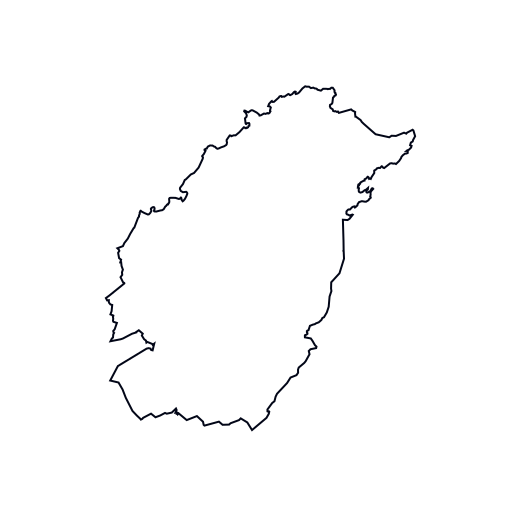 Aglonas pag., Aglonas, Latvia (Robinson projection), rotated 312°
{"feature_id": "27541924B99650716324046", "entity_name": "Aglonas pag.", "entity_type": "district", "adm_level": 2, "iso_a3": "LVA", "parent_name": "Latvia", "parent_adm1": "Aglonas", "projection": "robinson", "projection_center": [27.042, 56.116], "detail": "fine", "context": "isolated", "style": "outline", "palette": "ink", "viewbox_px": 512, "rotation_deg": 312, "n_neighbors": 0, "source": "geoboundaries", "source_scale": "gbopen_adm2", "svg_char_len": 6118}
<svg xmlns="http://www.w3.org/2000/svg" viewBox="0 0 512 512"><g transform="rotate(312 256 256)"><path d="M454.6,287.9L448.6,285.7L447.5,285.8L446.7,283.5L438.9,279.7L436.1,276.3L433.4,275.6L426.5,263.4L426.3,247.7L426.4,244.9L427.0,242.8L426.4,236.9L426.1,236.6L428.2,234.2L429.4,233.3L428.6,230.3L428.6,228.6L417.8,221.8L418.2,220.2L417.2,219.7L416.7,218.0L416.0,217.6L415.4,216.3L416.3,214.9L415.9,212.2L416.7,210.7L417.9,209.9L419.5,210.5L420.9,210.3L425.3,207.2L426.4,207.4L427.3,207.1L428.5,207.7L429.4,207.5L429.7,207.0L429.7,206.2L430.3,205.9L430.4,204.6L431.7,203.5L432.4,200.5L431.5,199.4L429.6,199.2L429.3,198.6L428.0,197.7L427.8,197.0L425.2,194.0L422.3,193.6L420.7,190.4L420.9,189.5L420.6,188.5L419.8,187.5L419.5,186.0L417.5,184.4L417.3,182.1L415.5,180.1L415.3,179.4L415.0,179.0L411.6,178.4L406.4,178.6L404.6,178.2L403.0,177.2L403.2,176.5L404.6,175.6L404.3,174.9L403.1,174.5L400.6,174.6L398.4,173.8L398.2,173.3L398.3,172.4L398.0,171.6L393.4,170.5L393.0,169.8L391.5,168.6L391.8,167.8L391.6,167.5L390.3,166.7L388.9,166.9L382.6,166.2L381.5,165.1L381.8,164.1L381.0,163.9L377.8,163.9L375.5,164.8L376.4,166.2L376.3,167.6L373.7,168.9L373.2,169.3L373.2,169.9L371.4,170.3L370.5,170.1L370.0,169.7L370.1,169.2L369.8,168.8L368.0,168.0L367.2,166.6L363.7,165.4L362.7,164.6L363.2,163.6L363.1,160.7L362.0,156.1L361.5,155.3L360.6,154.8L357.7,154.2L357.2,152.9L356.7,150.6L356.3,150.1L355.6,150.4L355.4,153.1L354.4,155.0L353.1,155.8L350.9,155.7L347.6,159.5L347.4,160.2L347.5,160.4L348.6,160.4L350.1,161.8L349.8,162.7L348.4,163.9L347.5,163.5L346.4,164.0L345.3,163.7L345.0,163.0L344.3,163.1L343.8,162.5L343.8,161.3L343.5,160.8L337.0,160.8L332.0,160.1L330.8,158.7L328.5,157.5L328.6,156.6L328.0,155.8L322.7,156.5L321.7,157.3L321.1,158.4L319.3,159.5L318.6,159.6L316.2,158.9L313.3,157.3L310.9,156.3L309.8,155.5L309.6,153.9L309.8,152.6L309.3,151.7L309.0,149.8L307.4,147.9L305.1,147.0L302.8,147.5L302.5,147.1L300.7,146.5L300.3,146.8L300.4,148.1L296.9,149.0L294.3,149.1L294.0,149.4L293.9,150.5L292.7,151.3L283.3,154.2L276.2,154.4L273.0,153.0L266.0,152.6L264.8,152.2L260.6,153.6L256.0,153.9L254.9,154.6L254.0,156.5L254.5,159.0L257.0,161.2L257.0,162.1L256.7,162.9L256.3,163.3L253.9,164.2L250.8,165.0L248.6,165.1L247.6,164.9L247.9,163.4L249.2,161.5L249.2,161.1L247.4,161.0L246.7,160.4L245.3,157.2L242.1,153.6L241.3,153.0L240.3,153.2L238.4,155.2L237.4,155.8L236.1,155.7L235.7,156.1L235.2,156.1L234.6,155.5L233.1,155.7L232.0,155.5L229.0,156.1L227.2,155.6L225.9,154.5L222.4,152.2L221.2,150.8L221.1,150.4L221.4,149.9L223.2,149.1L224.0,148.0L224.0,147.5L223.5,146.8L222.2,146.3L221.1,146.2L220.6,146.4L219.7,147.8L219.2,148.2L217.1,148.6L215.3,148.5L214.5,147.9L213.3,144.4L212.5,141.3L212.5,140.0L212.3,139.9L210.4,140.5L209.5,141.4L207.9,141.9L207.0,142.7L205.4,142.8L195.6,146.6L194.9,146.4L188.3,147.7L183.1,149.1L177.5,149.5L174.3,150.5L169.0,147.8L168.9,149.8L168.4,151.0L166.1,151.4L162.8,155.7L163.0,158.2L160.5,159.4L161.1,160.0L158.6,162.8L156.8,166.2L154.2,167.3L152.5,169.2L149.6,169.5L147.5,174.8L147.8,176.1L147.5,176.5L128.6,173.5L124.3,172.6L123.4,175.1L124.7,176.2L123.5,177.2L122.9,178.2L122.6,180.2L123.4,181.9L118.4,185.6L115.2,186.9L116.3,189.8L116.2,190.0L115.5,189.9L113.8,191.9L112.1,193.1L111.7,194.1L113.2,197.4L107.0,200.0L104.7,200.1L103.7,201.6L103.8,202.0L102.2,202.4L99.7,204.3L98.2,204.1L95.3,204.9L103.5,211.1L105.6,212.3L115.3,215.9L119.0,218.1L119.2,217.8L122.4,218.6L122.5,223.8L120.5,224.4L119.3,228.5L119.5,230.8L118.3,232.5L119.4,232.7L121.2,237.7L120.9,238.6L122.8,239.0L116.7,242.3L116.0,241.0L116.6,239.6L115.7,237.9L114.0,236.7L81.8,227.0L65.9,231.0L70.0,238.5L67.5,246.2L63.5,254.1L58.2,267.9L57.7,274.2L57.6,278.9L57.4,279.9L58.9,280.5L60.2,280.4L68.6,283.5L68.9,289.2L73.3,291.5L78.5,293.4L79.1,295.2L83.3,298.2L89.1,298.6L88.4,300.1L85.9,300.9L86.7,301.4L87.0,302.5L86.3,302.8L85.7,302.2L85.5,302.5L86.0,303.5L85.9,303.8L87.3,303.8L87.7,314.3L97.5,319.2L97.4,327.5L95.5,330.1L95.5,331.2L108.1,339.3L108.2,344.1L112.7,348.8L114.7,349.0L122.7,353.2L125.1,353.3L126.5,360.9L124.0,369.5L142.7,372.1L147.3,371.1L149.2,370.0L149.2,369.5L148.4,369.0L148.2,368.5L149.6,367.2L157.6,366.4L160.4,366.9L164.6,364.7L167.7,363.8L182.4,364.1L188.8,363.0L194.5,365.8L197.4,365.4L199.6,363.3L201.7,362.4L208.8,363.4L211.0,363.3L218.8,361.5L220.7,358.8L223.2,358.9L227.8,362.3L229.1,361.6L229.2,359.4L230.7,354.9L231.4,351.9L228.3,346.8L229.5,345.6L230.1,345.4L231.2,346.1L232.6,346.3L233.2,345.7L233.3,345.0L234.2,344.1L234.9,344.1L235.9,344.7L240.2,342.8L243.1,344.2L244.7,345.3L246.0,345.6L248.7,347.0L252.2,347.4L254.3,346.8L256.0,347.5L261.4,346.4L266.9,344.0L275.1,337.8L280.4,335.5L282.0,333.6L286.8,329.5L299.0,329.6L312.9,323.2L318.5,317.7L318.4,317.4L319.1,317.1L325.9,310.8L341.1,296.3L344.0,300.0L346.2,300.6L351.4,300.3L351.3,299.9L348.6,298.4L348.5,297.3L347.8,295.7L348.0,294.8L349.7,293.4L351.9,293.4L352.6,293.7L353.4,294.7L356.6,294.8L357.7,295.2L358.8,296.0L358.2,297.0L358.5,297.2L361.4,297.5L362.6,296.8L365.0,296.5L367.6,298.0L369.3,300.7L370.1,301.5L372.8,302.3L373.8,302.0L376.0,302.3L376.4,302.0L376.6,301.1L378.2,300.2L379.6,298.8L381.0,298.2L384.3,298.2L384.4,297.5L384.1,297.0L383.3,296.9L381.0,297.5L379.9,297.3L377.8,296.5L377.3,295.8L377.4,295.2L378.3,294.2L380.2,294.6L381.5,293.7L378.8,293.4L377.5,292.7L374.7,292.3L373.0,291.2L372.6,289.9L372.8,289.2L373.9,288.0L375.3,287.2L375.4,286.2L375.0,285.9L376.3,284.9L377.2,284.9L377.5,285.3L378.3,284.8L378.2,284.4L379.3,284.7L379.5,285.0L379.9,284.8L379.6,284.7L379.9,284.5L380.8,284.5L384.2,285.7L384.7,286.2L385.8,285.4L387.6,286.1L389.4,285.9L389.7,286.0L389.8,286.7L389.6,287.5L389.0,288.5L390.0,289.0L390.1,289.7L392.3,289.0L396.7,288.4L398.6,286.7L401.0,287.4L402.0,287.2L403.5,288.1L404.4,289.3L406.7,289.3L407.0,289.9L406.7,291.4L407.1,292.4L414.5,293.7L415.7,294.7L416.4,296.1L417.7,297.3L418.0,298.5L422.4,298.8L425.8,298.3L426.8,297.8L429.0,297.7L431.8,298.2L432.5,299.0L434.0,299.8L435.1,299.0L435.2,297.9L434.9,297.6L435.8,297.7L437.1,298.5L440.4,298.7L441.9,297.9L441.5,297.2L441.4,296.4L443.9,295.2L446.0,295.8L447.3,295.1L451.5,294.1L454.6,289.0L454.6,287.9Z" fill="none" stroke="#020617" stroke-width="2"/></g></svg>